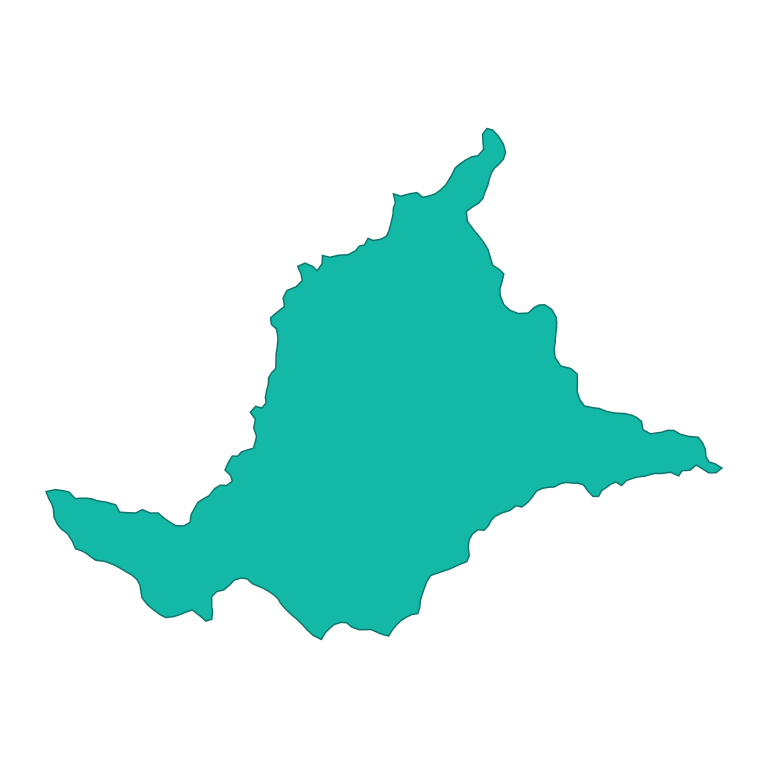 outline of Morro da Garça, Minas Gerais, Brazil
{"feature_id": "56859067B41000943764258", "entity_name": "Morro da Garça", "entity_type": "district", "adm_level": 2, "iso_a3": "BRA", "parent_name": "Brazil", "parent_adm1": "Minas Gerais", "projection": "albers", "projection_center": [-44.635, -18.604], "detail": "fine", "context": "isolated", "style": "filled", "palette": "teal", "viewbox_px": 768, "rotation_deg": 0, "n_neighbors": 0, "source": "geoboundaries", "source_scale": "gbopen_adm2", "svg_char_len": 3817}
<svg xmlns="http://www.w3.org/2000/svg" viewBox="0 0 768 768"><path d="M46.1,491.6L48.8,498.6L51.6,503.5L53.3,508.6L54.1,517.3L57.3,524.1L60.7,528.5L67.4,533.6L72.6,541.7L75.5,548.8L80.8,550.5L85.7,552.9L90.5,556.6L95.7,560.2L105.2,561.5L114.4,565.0L119.8,568.0L124.7,571.0L132.2,575.2L137.0,579.6L139.9,585.0L140.8,590.6L141.9,597.7L147.9,605.2L153.9,610.1L160.5,614.9L166.0,617.6L173.7,616.6L180.2,614.5L185.7,612.2L192.3,610.0L199.5,615.5L205.9,621.1L211.7,619.3L212.6,612.1L211.7,606.0L211.7,596.7L216.8,591.5L223.6,590.0L229.4,585.2L234.2,580.1L241.2,578.0L247.2,578.9L252.3,583.6L258.0,586.1L263.2,588.2L268.6,591.3L273.5,594.6L277.9,598.5L280.6,603.3L285.3,608.8L291.9,615.1L296.7,619.1L302.5,624.7L307.5,630.2L313.0,635.3L321.4,639.5L325.4,632.6L330.0,628.0L334.2,624.5L341.1,622.4L346.6,622.7L351.9,627.2L359.1,629.7L365.1,629.7L371.1,629.5L376.9,632.2L382.4,634.4L388.6,636.0L392.6,629.5L396.3,625.1L400.7,620.8L406.3,617.2L411.8,614.5L417.8,613.6L419.7,607.5L420.4,600.2L423.3,590.9L426.7,581.8L430.7,575.5L437.9,573.0L443.6,571.0L449.5,569.1L458.2,565.0L466.7,561.6L469.3,555.6L468.2,547.3L469.1,539.9L472.5,533.8L478.0,529.8L484.2,530.2L488.2,525.9L491.1,520.5L495.1,516.3L502.6,512.7L509.8,510.5L516.0,505.7L521.8,507.0L527.4,502.7L532.1,497.3L536.7,490.8L542.6,488.3L548.4,487.3L554.1,487.0L560.4,483.7L566.5,482.4L572.2,483.1L577.9,483.1L583.5,484.9L587.9,491.0L593.0,496.4L598.5,496.4L601.7,490.6L606.2,487.7L610.8,484.1L616.0,481.9L621.4,485.6L626.6,480.4L636.7,477.1L644.6,476.2L654.1,473.5L661.5,473.5L670.5,472.3L678.7,475.9L681.9,470.8L690.2,470.1L696.1,465.0L702.2,468.7L708.7,472.8L715.9,472.8L721.9,468.1L715.3,463.9L709.1,462.0L706.0,456.9L705.4,449.6L702.8,443.3L698.2,437.3L688.1,436.3L680.1,434.2L673.9,430.5L667.6,430.3L661.6,432.3L655.9,433.0L650.6,433.9L642.9,429.6L641.5,421.4L636.7,417.5L631.8,415.2L624.9,413.6L614.4,413.0L605.7,411.2L598.9,408.4L593.2,407.8L584.3,406.0L579.7,399.4L577.1,391.5L577.4,384.2L577.1,374.0L570.8,368.5L560.7,366.0L555.0,357.3L554.2,348.6L555.1,342.6L555.6,335.5L556.5,328.3L556.7,322.8L556.0,316.8L551.6,309.3L544.8,304.8L539.1,305.0L534.2,307.5L528.2,313.1L518.1,313.5L509.9,310.2L503.8,304.6L500.2,295.6L499.8,289.3L501.8,282.6L503.8,273.9L498.9,269.1L492.7,265.4L490.1,256.7L488.0,249.6L484.1,243.0L479.4,236.7L474.0,230.3L467.5,221.6L466.3,211.6L472.3,207.0L478.6,203.2L482.9,198.3L484.7,192.5L487.6,185.9L489.3,179.0L491.3,173.2L494.2,168.4L499.0,164.1L503.3,159.3L505.6,152.4L503.3,144.0L498.1,135.8L492.6,130.0L486.9,128.5L482.7,134.2L482.9,141.2L483.6,149.3L478.0,155.7L471.5,156.9L465.8,159.9L460.0,163.9L455.2,168.0L451.2,176.0L445.7,185.0L440.6,189.9L435.3,193.8L429.3,195.9L422.8,197.3L417.0,192.6L409.5,193.8L400.9,196.2L393.4,193.8L395.4,202.9L393.4,208.0L393.0,214.6L391.0,223.1L389.0,230.7L386.4,236.3L380.4,239.4L373.2,240.5L368.0,238.4L364.5,244.9L359.4,246.1L355.7,250.6L348.0,254.8L338.5,255.2L329.9,257.3L322.4,255.5L322.2,263.5L317.1,270.8L313.0,266.6L305.0,263.1L297.7,266.4L300.9,273.7L302.3,280.5L296.1,286.8L286.9,290.5L283.2,297.8L284.4,306.5L277.8,311.7L270.5,317.9L271.4,324.4L276.5,329.1L278.0,337.6L277.2,347.4L276.1,354.0L276.0,360.3L275.8,368.5L271.5,372.9L268.6,377.9L268.3,384.5L266.5,391.1L265.4,397.4L266.1,403.0L261.7,408.0L255.7,406.3L250.3,412.3L255.4,419.3L253.7,428.1L256.6,436.2L255.2,442.2L253.4,448.2L246.8,450.1L241.4,452.0L237.6,456.2L232.3,456.1L228.3,462.5L225.0,470.1L230.6,475.5L232.3,481.2L226.5,485.5L220.2,485.2L214.6,488.7L209.1,495.7L203.9,498.5L197.9,502.4L194.5,508.4L191.0,514.8L190.1,522.3L183.6,526.0L175.6,525.6L170.7,522.7L164.7,518.7L158.1,513.0L150.1,513.0L142.4,509.6L135.8,513.0L126.9,512.7L119.7,512.1L115.7,504.9L106.6,502.2L97.7,500.9L91.6,498.8L86.3,498.2L81.0,498.2L75.1,498.6L69.3,492.2L63.4,490.7L55.2,489.6L46.1,491.6Z" fill="#14b8a6" stroke="#0f766e" stroke-width="1.5"/></svg>